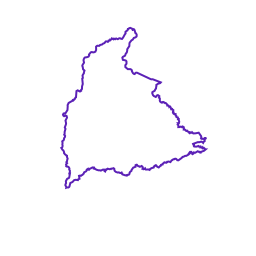 outline of Lilongwe, Lilongwe, Malawi, rotated 35°
{"feature_id": "42251766B26147222520266", "entity_name": "Lilongwe", "entity_type": "district", "adm_level": 2, "iso_a3": "MWI", "parent_name": "Malawi", "parent_adm1": "Lilongwe", "projection": "orthographic", "projection_center": [33.601, -14.039], "detail": "fine", "context": "isolated", "style": "outline", "palette": "violet", "viewbox_px": 256, "rotation_deg": 35, "n_neighbors": 0, "source": "geoboundaries", "source_scale": "gbopen_adm2", "svg_char_len": 5781}
<svg xmlns="http://www.w3.org/2000/svg" viewBox="0 0 256 256"><g transform="rotate(35 128 128)"><path d="M203.9,100.9L203.4,101.2L202.2,100.8L201.8,101.0L201.4,100.8L201.1,101.0L201.3,101.5L201.0,101.9L200.7,101.9L200.1,101.3L200.0,101.8L199.3,101.6L198.4,102.4L197.8,101.6L196.7,102.6L195.9,102.4L195.0,103.8L192.9,105.2L192.4,105.1L191.7,103.9L191.0,104.1L190.4,103.7L193.4,99.4L194.4,98.9L195.9,97.1L196.7,96.9L198.1,97.1L197.9,96.1L198.3,94.6L197.2,93.7L197.7,92.0L197.3,91.7L196.5,92.3L196.6,93.2L194.6,94.6L194.0,94.7L193.6,94.5L193.6,93.7L192.5,92.7L188.6,91.3L186.4,93.6L184.6,95.0L182.9,94.7L182.9,95.4L182.0,95.7L181.6,96.9L181.2,96.9L181.0,96.1L180.8,96.0L180.3,96.5L178.9,96.6L178.2,96.2L177.6,96.9L177.1,96.8L176.8,97.0L176.0,96.6L174.6,97.3L174.4,96.6L173.9,96.1L172.9,96.1L173.0,95.4L171.9,95.4L171.6,96.4L170.9,96.4L170.1,96.9L169.9,97.5L168.7,98.4L168.1,97.4L167.2,96.7L166.8,96.7L166.9,95.2L166.2,95.2L166.6,94.7L166.5,93.7L166.0,93.1L165.1,92.6L164.5,91.6L163.9,92.0L163.7,91.4L162.7,90.8L162.4,91.1L161.3,91.2L160.7,90.4L160.0,90.5L159.0,89.3L158.4,89.9L157.3,89.5L156.8,89.7L156.8,90.0L156.0,89.7L155.5,88.9L155.7,88.5L154.8,87.3L153.9,87.5L153.3,87.1L152.7,87.9L152.1,87.6L151.7,87.0L150.2,86.2L149.7,86.4L149.6,87.0L149.1,86.6L148.7,86.7L148.1,86.4L147.3,87.1L146.3,86.2L144.5,85.9L144.0,86.4L143.3,86.3L143.0,86.5L142.4,86.3L141.8,86.5L141.3,87.1L141.4,87.6L140.8,88.0L139.1,87.9L138.3,87.3L137.3,85.7L136.6,85.3L136.0,85.4L135.4,83.9L133.6,83.9L133.0,84.8L133.2,86.1L132.7,86.8L132.1,86.7L130.8,87.0L129.5,86.7L127.8,85.5L127.4,84.6L128.5,82.2L128.2,80.8L128.3,79.6L127.5,78.2L127.3,77.5L126.5,76.5L127.2,74.5L128.6,72.8L128.7,71.8L120.3,73.9L119.1,74.8L118.3,75.0L103.8,77.5L102.9,78.0L102.5,78.9L102.5,80.0L101.8,80.3L100.6,80.2L98.7,79.3L98.1,78.5L96.9,78.3L96.2,78.4L94.1,79.9L90.9,79.6L89.8,78.1L89.9,76.5L89.7,75.9L88.5,74.3L87.7,74.0L86.8,74.2L84.7,75.1L83.0,73.6L83.0,72.7L84.1,70.4L83.5,68.3L83.7,66.9L83.0,65.1L82.2,63.9L82.1,60.1L80.8,58.1L80.4,57.1L80.6,54.2L81.2,52.8L81.1,50.9L82.2,49.4L82.5,48.1L81.7,46.7L80.4,45.9L79.6,46.0L77.3,44.1L76.4,43.7L76.0,43.8L76.1,44.4L75.6,45.0L74.4,44.3L72.4,44.7L71.7,45.6L71.6,46.6L71.1,47.0L71.6,48.3L71.0,49.7L70.8,50.8L71.8,52.0L71.7,53.1L72.1,56.7L72.0,58.5L71.1,58.9L69.9,59.1L69.3,59.6L68.7,61.1L66.9,61.5L66.6,62.6L65.3,62.8L65.3,63.6L64.5,63.6L63.5,63.9L63.8,64.4L63.5,65.2L62.6,65.8L63.0,66.6L62.0,67.4L62.3,68.1L62.1,69.0L61.1,69.1L60.1,69.9L60.0,72.0L59.2,73.1L58.9,74.4L57.5,76.0L57.4,77.1L55.7,78.2L55.4,78.8L55.2,79.7L57.1,82.3L57.5,84.2L56.7,85.5L56.0,86.1L54.8,86.5L54.1,87.4L53.9,90.2L54.6,90.8L54.7,92.2L53.7,93.6L52.3,94.9L52.1,95.5L52.3,97.0L52.7,98.0L54.5,99.7L54.6,102.3L54.9,103.3L55.7,103.8L57.6,105.7L59.4,105.9L60.0,107.8L60.4,108.3L60.6,111.0L62.3,112.9L62.2,113.8L65.7,117.9L66.5,120.3L67.9,122.4L67.7,124.5L68.2,124.6L68.0,125.3L67.4,125.8L65.2,126.0L64.6,127.3L67.8,132.7L67.5,133.3L67.8,134.9L67.0,136.2L67.5,136.3L67.4,137.1L66.7,137.9L65.0,141.5L65.4,143.9L66.1,144.7L68.1,148.0L68.3,151.6L66.9,153.1L67.1,154.4L67.9,154.9L68.9,155.0L69.5,154.2L69.4,153.6L70.9,153.4L72.1,154.5L72.5,157.7L74.6,159.7L75.1,160.7L75.9,163.8L77.3,164.6L78.3,167.5L79.6,169.4L79.6,170.1L81.0,170.5L81.5,171.6L81.5,173.1L82.1,174.1L82.3,175.2L81.8,176.1L81.8,176.7L83.0,177.8L83.7,179.2L84.5,179.9L85.1,181.0L85.2,182.2L84.9,182.6L86.7,183.4L88.0,183.5L89.6,184.5L89.9,185.2L91.4,185.7L92.7,185.7L93.1,185.9L93.9,185.7L94.6,186.7L96.2,187.8L96.5,189.1L97.1,190.1L97.1,191.3L98.3,191.7L98.1,193.3L99.1,194.1L99.2,194.7L99.7,194.8L101.2,194.1L102.0,194.1L103.2,194.7L103.6,195.7L104.9,196.3L105.6,197.4L106.0,198.8L106.5,198.5L108.2,202.2L108.2,203.1L107.5,204.1L107.3,204.8L107.6,207.2L108.9,208.7L109.1,210.0L109.5,210.8L111.5,211.8L111.7,212.3L112.2,211.6L113.2,211.0L113.6,210.2L113.6,209.6L112.3,206.1L113.5,204.1L113.8,201.6L114.9,200.4L116.9,199.4L116.7,198.4L117.4,197.4L115.3,195.3L115.9,194.6L116.4,194.5L117.0,193.9L116.9,193.6L117.6,192.5L117.7,191.3L117.9,190.9L117.5,189.5L118.5,187.5L118.5,186.4L118.1,185.9L118.2,185.4L118.6,184.4L119.2,184.9L120.0,184.6L120.0,183.4L120.4,182.9L121.5,180.7L122.1,180.6L122.5,180.0L122.9,179.8L123.4,180.1L123.5,180.8L124.9,180.3L126.0,180.3L128.3,179.5L129.3,178.7L130.2,178.5L131.3,176.5L132.2,175.8L133.5,176.8L134.1,176.7L133.8,176.2L134.1,175.6L133.8,175.4L133.7,174.7L134.1,174.4L134.2,173.9L134.7,173.6L134.7,173.0L136.6,172.3L137.3,171.3L137.6,171.3L137.7,170.8L138.2,170.5L139.2,169.2L140.2,169.3L140.7,170.0L141.8,170.8L143.4,170.9L145.3,170.3L145.9,169.6L147.3,169.4L147.9,169.0L148.3,168.2L148.7,168.5L149.2,168.5L149.4,169.0L150.0,169.2L153.1,168.3L153.7,167.5L154.4,167.6L154.6,166.5L155.4,165.9L155.5,165.4L155.5,164.6L155.0,163.9L154.9,162.7L155.4,161.2L155.0,160.3L155.0,157.5L156.4,155.4L155.5,154.1L156.0,153.2L156.4,153.0L157.5,153.4L158.5,153.3L159.0,153.0L159.7,153.1L160.6,152.2L160.8,151.4L161.7,151.3L162.7,151.7L163.3,153.1L163.9,152.7L164.3,152.9L164.8,152.4L165.1,151.3L165.8,151.8L166.5,151.8L168.4,150.3L169.7,150.0L169.5,149.2L170.0,148.5L170.1,147.6L171.7,145.7L171.4,145.1L171.8,143.9L171.5,143.7L172.1,142.5L172.5,142.4L174.2,143.0L175.8,142.7L176.1,140.7L176.5,140.1L176.2,139.3L177.3,138.0L176.9,137.4L177.4,136.2L177.4,135.5L177.8,135.0L178.5,134.9L179.3,134.5L179.4,133.4L179.8,133.3L179.8,132.9L180.6,132.1L182.3,131.6L182.3,129.4L182.7,128.9L182.8,128.2L183.7,126.8L184.0,126.8L184.3,126.1L184.7,125.8L185.4,125.7L186.9,126.1L187.8,125.6L189.1,121.9L189.3,120.3L189.9,119.8L190.8,118.0L191.7,117.4L192.8,115.1L193.5,112.3L192.9,112.1L192.5,112.7L192.5,112.0L193.6,111.2L194.5,111.7L195.1,111.5L195.5,112.4L195.9,112.4L196.3,111.2L196.0,110.2L197.2,109.8L198.5,107.0L199.6,107.0L200.3,106.4L201.1,106.8L201.7,106.4L201.5,105.7L203.3,103.1L203.9,100.9Z" fill="none" stroke="#5b21b6" stroke-width="2"/></g></svg>